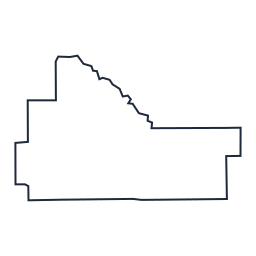 outline of Wilcox, Alabama, United States of America
{"feature_id": "52423323B73777550823735", "entity_name": "Wilcox", "entity_type": "district", "adm_level": 2, "iso_a3": "USA", "parent_name": "United States of America", "parent_adm1": "Alabama", "projection": "albers", "projection_center": [-87.327, 32.048], "detail": "fine", "context": "isolated", "style": "outline", "palette": "slate", "viewbox_px": 256, "rotation_deg": 0, "n_neighbors": 0, "source": "geoboundaries", "source_scale": "gbopen_adm2", "svg_char_len": 584}
<svg xmlns="http://www.w3.org/2000/svg" viewBox="0 0 256 256"><path d="M226.9,199.0L226.2,156.1L240.5,155.9L240.6,127.7L226.7,127.9L151.5,128.2L152.1,122.6L147.6,120.8L148.0,115.6L138.9,113.2L132.7,103.8L128.3,103.3L130.8,99.3L127.8,95.6L122.8,96.5L119.6,88.8L112.6,84.4L109.6,79.8L102.7,77.8L99.4,79.2L96.9,71.1L93.0,70.7L91.4,66.1L83.5,63.8L77.5,55.7L69.8,57.0L58.2,56.6L55.7,61.5L55.9,100.3L27.7,100.3L27.9,141.9L15.4,142.9L15.4,146.5L15.5,184.3L24.9,184.3L28.3,186.1L28.5,200.3L61.7,199.7L133.0,198.9L141.5,199.9L226.9,199.0Z" fill="none" stroke="#1e293b" stroke-width="2"/></svg>